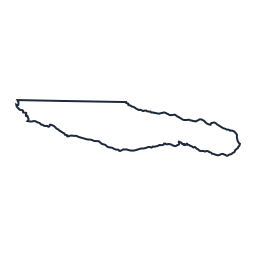 Rio Cuarto, Alajuela, Costa Rica, rotated 271°
{"feature_id": "36466004B916692676755", "entity_name": "Rio Cuarto", "entity_type": "district", "adm_level": 2, "iso_a3": "CRI", "parent_name": "Costa Rica", "parent_adm1": "Alajuela", "projection": "equal_earth", "projection_center": [-84.219, 10.409], "detail": "fine", "context": "isolated", "style": "outline", "palette": "slate", "viewbox_px": 256, "rotation_deg": 271, "n_neighbors": 0, "source": "geoboundaries", "source_scale": "gbopen_adm2", "svg_char_len": 5842}
<svg xmlns="http://www.w3.org/2000/svg" viewBox="0 0 256 256"><g transform="rotate(271 128 128)"><path d="M154.0,16.9L152.3,17.7L152.1,18.0L149.6,18.0L149.1,17.9L148.9,17.5L148.9,16.9L149.0,16.4L149.3,15.9L148.1,16.1L146.7,17.0L145.7,18.1L145.5,18.5L145.1,18.6L145.0,18.8L144.8,18.9L144.3,19.8L144.1,20.8L144.1,21.6L143.7,22.5L143.2,22.8L142.5,22.7L142.1,22.7L141.9,22.8L141.6,23.4L141.5,24.1L141.5,25.4L141.3,25.9L140.0,25.9L139.3,25.6L138.6,25.7L138.1,26.0L138.1,26.8L138.3,27.2L135.3,28.4L134.7,28.4L133.9,28.0L133.2,27.4L132.8,29.6L132.8,31.9L133.2,32.9L133.3,34.7L132.8,36.1L132.1,37.3L131.8,38.0L131.8,38.5L131.5,39.5L131.0,40.0L130.2,40.7L130.2,40.9L130.1,41.0L129.8,41.4L129.7,42.2L129.7,42.7L128.9,43.7L128.6,44.5L128.6,47.2L128.4,47.4L128.3,47.8L127.9,48.2L127.9,48.7L128.2,49.3L128.9,49.7L129.6,49.7L129.9,49.9L129.9,50.9L129.4,52.1L129.4,52.4L128.6,54.0L127.6,55.2L127.2,55.5L126.2,56.5L125.4,58.1L125.2,58.6L124.5,59.0L124.0,59.7L123.7,60.7L123.1,61.2L122.9,61.8L122.1,63.0L121.9,63.5L121.8,63.8L121.6,64.2L121.2,64.6L120.4,64.8L120.1,65.2L119.9,66.8L119.4,67.8L119.2,67.9L118.7,67.6L118.5,68.3L118.6,68.8L119.3,70.4L119.4,71.4L119.4,72.4L119.2,73.7L119.2,76.5L119.0,77.2L118.4,78.2L118.2,78.8L116.1,86.6L116.0,86.8L116.0,87.0L115.9,87.2L115.9,88.0L115.8,88.5L115.8,90.3L115.6,91.0L115.6,91.3L115.5,91.7L115.4,91.8L115.1,92.9L114.8,93.6L114.6,93.8L114.4,94.6L114.3,98.9L114.1,99.4L113.7,99.8L113.1,100.2L112.7,101.0L112.2,101.6L111.8,101.9L111.6,102.3L111.6,102.6L111.4,103.0L111.3,103.4L111.2,104.1L110.9,104.8L110.8,105.5L110.6,105.8L110.3,106.1L110.2,106.3L109.7,106.7L109.4,107.2L109.1,107.5L108.5,108.5L108.5,109.0L108.4,109.2L108.4,109.5L108.3,110.1L108.1,111.3L108.1,112.1L107.9,112.5L107.5,113.3L107.1,114.2L106.6,115.2L106.2,116.3L106.2,117.9L106.1,118.6L105.8,119.2L105.5,119.5L105.0,119.7L105.0,120.5L105.1,121.1L105.4,121.5L105.9,122.6L106.5,123.6L106.5,127.3L105.9,128.9L105.8,129.9L105.7,130.1L105.6,130.6L105.5,130.8L105.5,133.9L105.6,134.4L105.7,134.9L105.9,135.6L106.0,136.1L106.2,136.5L106.2,137.0L106.4,137.2L107.7,141.4L107.7,141.7L107.8,142.1L107.8,144.3L108.8,147.4L109.1,147.9L109.4,149.1L109.4,150.5L108.9,151.3L108.9,152.0L109.3,152.6L109.8,152.9L109.8,154.7L109.8,155.2L110.2,156.3L110.2,156.7L110.5,157.7L110.8,158.6L110.9,158.8L110.9,159.0L111.3,159.4L111.5,159.5L111.6,160.5L111.4,161.2L111.4,162.0L111.7,162.9L111.9,163.8L112.1,164.0L112.8,164.2L113.1,164.4L113.1,164.5L113.1,165.4L113.0,165.8L112.7,166.1L112.4,166.5L112.4,167.4L112.7,168.7L112.7,169.2L112.5,169.5L112.5,170.9L111.2,173.5L111.0,173.8L111.0,174.7L110.8,175.3L110.7,176.0L111.0,176.6L111.3,177.0L111.8,177.8L112.1,178.8L112.6,179.3L113.4,179.5L114.2,179.4L114.5,179.3L114.7,179.0L115.2,179.1L115.2,179.3L115.1,179.8L114.5,180.5L114.3,181.6L113.9,181.7L113.7,181.9L113.5,182.3L113.2,182.4L112.9,182.6L112.9,183.2L113.0,183.7L113.0,184.2L112.6,184.2L112.3,184.0L112.1,184.0L111.9,184.3L111.9,185.1L112.1,185.8L112.4,186.2L113.0,186.4L113.1,186.6L113.3,186.9L113.3,187.4L113.2,187.5L112.8,187.5L112.6,187.4L112.3,187.4L112.2,187.5L112.3,188.5L112.1,189.5L111.5,190.1L111.2,190.7L111.1,191.2L110.7,192.3L109.7,193.6L109.7,194.0L110.2,194.8L110.2,195.2L109.0,196.6L108.5,197.0L108.1,198.0L107.7,198.6L106.9,199.4L106.5,200.0L106.4,200.7L106.2,201.4L106.4,203.9L105.9,204.9L105.9,205.8L106.4,206.8L106.4,207.1L106.1,208.5L105.9,209.2L105.4,209.5L105.0,211.0L104.4,212.0L103.8,212.4L103.6,213.5L103.6,213.9L103.1,215.4L102.9,215.6L102.7,216.4L102.6,217.0L102.4,217.4L102.3,218.5L102.3,219.0L102.6,219.4L103.0,220.8L103.5,221.6L103.7,222.9L103.7,223.4L103.6,224.0L103.0,224.7L102.8,226.0L102.0,227.0L102.0,227.9L102.3,228.5L102.9,229.2L103.1,229.5L103.4,230.8L103.9,232.0L104.1,232.3L104.9,233.0L105.3,234.1L106.1,235.0L108.0,235.8L108.8,236.9L109.2,237.3L109.8,238.1L110.4,238.5L111.2,238.6L111.5,239.0L112.1,239.6L114.1,240.2L114.6,239.7L115.0,239.0L115.6,238.6L116.2,238.4L117.4,237.7L120.8,237.0L123.2,237.0L123.5,236.7L123.8,236.6L124.5,236.0L124.6,235.9L124.8,235.8L125.3,235.4L125.8,234.7L126.4,234.2L127.0,232.8L127.2,231.9L127.2,230.5L127.2,230.0L127.6,229.9L127.8,229.5L128.0,228.8L128.1,228.4L128.1,226.9L128.3,226.4L128.8,225.5L129.1,224.7L129.3,223.6L129.4,223.3L129.5,223.2L129.8,222.6L130.2,222.1L130.4,221.5L131.4,220.0L132.0,218.9L132.3,218.6L133.2,216.9L133.5,216.5L134.2,215.9L134.6,215.3L134.9,214.5L135.0,213.8L134.6,212.5L134.4,211.4L133.9,210.8L133.5,210.6L132.7,210.5L132.7,210.1L133.0,208.8L133.9,206.7L134.3,206.1L134.9,205.4L135.0,205.4L135.1,205.2L135.7,204.7L135.8,204.7L136.7,203.6L137.0,202.8L137.4,202.3L137.5,202.0L137.6,201.8L137.7,201.6L137.9,201.1L137.9,200.0L137.8,199.2L137.2,198.4L135.9,195.9L136.0,195.6L135.8,195.3L135.8,194.9L136.1,194.0L136.1,192.9L136.5,192.0L136.7,190.6L136.8,190.1L137.2,189.3L137.3,188.9L137.3,187.9L137.0,186.9L137.0,183.8L137.4,182.5L138.6,180.5L139.0,179.7L139.9,178.5L140.0,177.9L140.6,176.7L140.9,176.5L141.4,175.7L141.9,175.3L142.0,175.1L142.0,174.8L142.1,174.3L142.0,174.1L142.0,173.2L141.7,172.1L141.7,170.8L141.6,170.4L141.6,169.7L142.0,168.7L142.6,167.9L142.7,167.3L142.9,166.8L143.5,166.0L144.2,163.8L144.0,163.0L143.7,162.4L143.7,161.5L143.3,160.5L143.1,159.5L142.9,159.2L142.9,158.1L143.1,157.3L143.1,156.6L143.6,155.0L143.6,154.3L143.5,153.7L144.0,152.9L144.0,152.6L144.0,152.4L143.9,152.1L143.9,151.4L144.0,150.7L144.7,150.3L144.7,149.6L144.8,149.4L144.8,148.0L145.0,147.6L145.0,146.8L145.1,146.5L145.7,146.0L145.7,144.0L145.3,143.5L145.2,143.2L145.2,142.8L145.8,141.7L146.5,140.0L146.2,139.1L146.2,138.4L146.6,137.9L146.8,137.1L147.3,136.3L147.6,135.5L147.8,135.3L148.3,134.9L148.5,134.3L149.2,133.3L149.4,132.6L149.4,132.1L149.5,131.6L149.7,131.1L150.1,130.7L150.5,130.0L150.9,128.2L151.1,127.9L151.7,128.1L152.2,127.9L152.6,127.2L152.9,126.0L153.1,125.7L153.3,125.4L153.9,125.5L153.9,59.9L154.0,16.9Z" fill="none" stroke="#1e293b" stroke-width="2"/></g></svg>